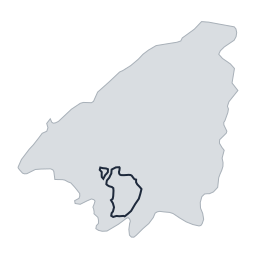 Sarajevo-romanija highlighted on a map of Bosnia and Herzegovina, rotated 92°
{"feature_id": "BIH-4806", "entity_name": "Sarajevo-romanija", "entity_type": "state/province", "adm_level": 1, "iso_a3": "BIH", "parent_name": "Bosnia and Herzegovina", "parent_adm1": "", "projection": "orthographic", "projection_center": [18.669, 43.854], "detail": "fine", "context": "in_parent", "style": "outline", "palette": "slate", "viewbox_px": 256, "rotation_deg": 92, "n_neighbors": 0, "source": "natural_earth", "source_scale": "10m", "svg_char_len": 2736}
<svg xmlns="http://www.w3.org/2000/svg" viewBox="0 0 256 256"><g transform="rotate(92 128 128)"><path d="M222.9,51.8L223.4,53.6L222.2,59.8L219.8,66.5L216.0,73.4L211.9,80.0L210.9,83.5L210.6,89.0L210.2,93.3L210.7,95.7L212.1,97.9L216.6,99.6L222.8,103.9L228.0,109.5L234.8,115.9L236.9,118.3L236.9,120.8L235.0,122.8L229.3,123.6L223.3,123.0L221.0,122.4L218.9,123.2L217.6,124.7L218.3,126.4L224.5,134.2L231.7,145.4L232.1,150.2L231.3,154.0L229.7,156.6L226.7,156.2L224.4,154.2L221.0,154.3L218.3,155.0L214.9,159.0L213.2,158.9L210.2,159.5L208.3,160.3L205.3,159.2L202.2,158.4L200.8,159.6L200.2,162.0L202.2,166.3L205.9,173.1L205.3,178.2L202.5,178.8L200.0,174.5L197.7,173.8L195.1,174.0L189.2,179.0L184.9,183.2L183.9,186.1L182.3,189.3L181.9,191.6L182.0,199.3L174.1,200.6L172.4,201.7L171.5,204.0L172.1,213.9L172.7,219.2L177.2,227.5L177.4,230.0L176.8,231.8L173.5,235.0L172.0,236.2L171.0,236.5L165.7,234.4L163.2,233.4L152.7,226.0L148.1,222.0L140.8,216.7L136.3,213.6L134.1,209.1L130.5,208.0L126.3,209.4L121.5,206.0L124.9,204.4L125.8,202.8L125.4,200.7L123.9,197.8L111.2,185.2L105.0,176.6L104.0,173.5L104.0,165.4L102.6,163.4L93.2,159.6L82.9,148.8L72.3,138.3L70.9,135.4L65.5,127.4L58.9,120.1L53.7,115.5L49.4,110.2L44.7,102.8L42.5,91.9L40.6,82.1L39.2,78.3L36.1,76.9L26.9,65.1L19.1,58.2L19.4,51.0L21.2,39.0L23.2,25.4L25.2,23.6L28.9,22.7L33.0,23.2L36.6,25.0L43.6,34.6L47.6,38.4L51.1,39.9L55.2,36.0L60.4,27.9L64.8,23.7L79.4,25.6L86.7,19.5L98.1,28.0L102.8,29.4L105.5,28.3L109.2,28.8L117.3,31.4L119.1,32.5L121.6,32.3L127.7,29.1L129.7,29.6L136.5,36.0L140.0,36.1L144.2,33.4L146.9,31.1L154.8,32.9L159.3,31.8L163.1,31.8L167.1,32.9L170.8,34.4L174.5,35.6L184.2,36.3L188.9,40.4L190.8,44.3L190.9,46.7L191.3,49.2L194.0,51.8L199.9,53.2L203.7,52.9L205.6,52.7L210.7,50.4L216.6,49.2L220.9,50.5L222.9,51.8Z" fill="#d9dde1" stroke="#a8b0b8" stroke-width="1"/><path d="M179.9,118.1L182.0,118.0L184.0,116.8L186.6,114.1L188.5,112.4L193.4,113.4L198.3,114.7L203.8,118.2L210.8,122.0L213.6,124.9L216.4,128.2L216.0,129.4L216.5,133.6L216.3,136.5L217.4,139.7L216.3,141.7L213.7,141.4L211.9,140.1L207.7,139.2L203.7,140.5L200.7,142.5L199.3,140.8L196.6,140.4L191.2,140.3L188.6,140.6L187.5,142.1L186.9,144.7L185.9,146.6L184.9,147.7L182.7,147.5L181.3,147.3L181.1,147.2L178.3,145.0L175.9,144.0L174.1,143.1L171.6,143.0L170.1,142.9L169.3,141.5L167.8,138.8L167.6,136.9L167.5,135.3L168.2,134.9L170.6,135.1L172.1,135.5L173.9,135.2L174.8,134.5L175.3,133.4L175.3,130.9L175.1,128.5L174.8,125.7L174.9,123.8L175.5,122.6L177.2,121.3L178.9,119.8L179.3,118.1L179.9,118.1ZM168.5,154.3L169.0,151.8L169.2,148.5L169.9,146.6L171.6,146.6L172.8,146.6L174.4,147.8L175.8,149.1L177.7,150.0L179.6,150.9L177.9,152.5L175.7,152.7L173.0,152.7L170.8,154.8L168.5,154.3Z" fill="none" stroke="#1e293b" stroke-width="2"/></g></svg>